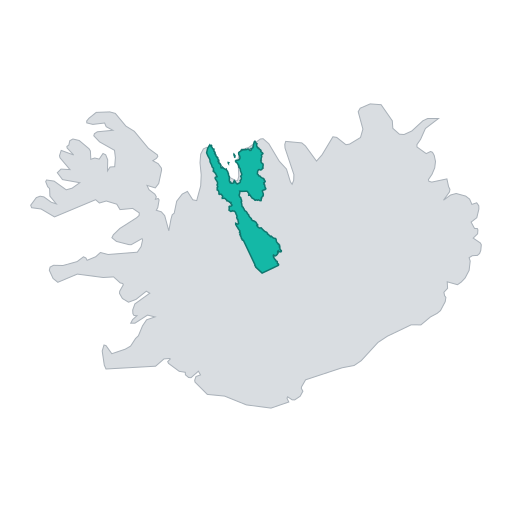 location of Sveitarfélagið Skagafjörðu, Norðurland vestra, Iceland
{"feature_id": "244011B28940040244957", "entity_name": "Sveitarfélagið Skagafjörðu", "entity_type": "district", "adm_level": 2, "iso_a3": "ISL", "parent_name": "Iceland", "parent_adm1": "Norðurland vestra", "projection": "mercator", "projection_center": [-19.345, 65.497], "detail": "fine", "context": "in_parent", "style": "filled", "palette": "teal", "viewbox_px": 512, "rotation_deg": 0, "n_neighbors": 0, "source": "geoboundaries", "source_scale": "gbopen_adm2", "svg_char_len": 9676}
<svg xmlns="http://www.w3.org/2000/svg" viewBox="0 0 512 512"><path d="M399.4,134.2L404.1,134.5L411.8,131.0L423.0,120.7L427.7,118.5L438.5,118.5L425.4,128.5L420.6,139.3L416.9,144.7L417.0,147.0L426.2,153.6L430.6,151.5L432.5,152.3L434.2,155.4L435.5,161.5L434.7,167.9L432.0,174.3L428.4,179.6L428.9,181.3L431.8,182.1L446.9,178.9L448.6,186.7L449.9,189.3L449.5,191.9L443.5,200.2L450.6,195.0L456.2,193.5L465.7,196.1L469.6,199.1L471.9,204.4L476.7,202.8L478.8,205.8L478.9,209.0L476.8,217.7L471.1,222.1L474.5,228.4L477.4,228.6L477.9,230.0L477.6,233.8L473.2,238.1L480.4,243.0L481.3,244.8L480.8,250.3L479.6,253.5L477.4,255.4L472.3,255.7L469.1,257.7L470.2,261.1L469.1,270.4L465.1,278.0L461.2,282.1L457.5,284.7L447.2,281.8L447.6,288.3L443.9,292.3L444.6,295.7L445.9,297.4L445.2,301.7L440.5,310.6L437.1,313.4L430.5,316.9L420.9,324.9L411.2,324.8L387.4,336.2L378.0,342.4L361.2,360.7L354.1,365.5L342.0,367.8L305.6,379.8L301.5,386.9L301.3,388.4L302.9,391.2L300.2,396.2L294.7,399.9L292.1,399.8L287.6,396.8L287.0,398.2L288.8,402.0L271.0,408.1L246.4,404.9L224.6,396.1L207.3,394.4L195.0,382.1L194.7,380.2L196.0,376.5L200.5,374.9L198.4,371.2L191.0,377.7L188.6,377.5L185.4,374.8L185.3,372.3L179.2,371.3L168.5,363.4L167.7,361.6L170.3,359.0L169.8,358.5L164.0,358.9L155.6,366.2L106.0,369.0L104.3,365.2L102.2,351.0L104.0,345.0L106.0,345.6L111.8,353.7L125.2,349.2L130.6,346.1L135.6,338.4L138.4,335.8L142.5,325.9L146.6,319.8L155.0,316.9L147.5,315.1L134.9,323.2L130.7,323.2L132.6,319.6L137.0,315.7L134.0,315.5L132.9,313.7L132.7,310.0L134.9,303.9L149.8,293.2L146.3,291.2L136.0,299.4L128.5,302.2L122.4,298.5L119.5,293.4L119.7,291.2L123.3,284.8L122.7,283.5L120.2,282.9L113.6,276.9L103.2,277.5L77.3,274.1L57.8,282.3L53.1,278.5L49.3,270.3L50.1,267.1L53.5,265.3L63.0,265.5L77.1,261.6L83.5,256.8L85.9,258.0L87.1,260.3L95.8,256.7L100.4,252.5L108.1,254.5L137.3,252.2L141.1,246.6L142.6,240.0L142.0,238.6L131.2,244.7L128.8,244.6L116.4,241.4L111.9,237.7L113.4,234.7L119.9,228.4L136.7,217.7L139.1,215.5L139.3,212.9L132.7,208.4L120.0,209.6L116.8,204.2L106.3,201.0L99.4,203.0L95.6,199.7L54.5,216.9L41.1,209.0L31.6,207.7L30.7,205.2L36.3,197.6L40.1,196.2L43.9,196.9L51.2,202.2L56.3,203.9L49.9,196.1L49.6,188.6L47.7,186.7L45.7,181.7L46.5,180.0L54.1,181.1L66.2,189.8L72.1,188.2L79.8,182.7L62.5,179.6L57.3,172.7L61.0,169.1L70.0,169.6L60.0,157.8L59.5,155.7L61.2,150.4L73.7,155.0L67.1,148.0L66.9,146.4L68.8,145.1L69.8,140.7L72.9,139.0L79.2,140.5L89.0,148.7L90.4,151.0L90.8,159.3L94.7,158.0L99.2,159.1L103.0,153.5L105.7,154.8L107.7,159.8L107.5,170.9L110.1,167.0L114.7,166.7L115.4,157.7L114.5,150.3L99.6,141.9L93.8,135.8L94.4,133.7L97.3,131.8L112.9,130.3L106.2,126.7L104.6,123.0L92.8,124.4L86.8,122.9L86.7,121.0L89.0,118.2L96.2,112.4L109.8,111.9L115.3,113.4L125.9,126.1L134.3,131.3L148.4,148.3L157.4,154.9L157.8,156.5L156.3,158.5L152.8,160.7L158.2,163.7L161.4,168.1L161.6,170.0L158.7,183.5L155.3,187.9L147.0,185.4L149.0,189.7L154.9,194.2L156.3,196.8L155.4,199.3L158.2,198.5L159.1,199.9L157.8,207.5L156.3,210.3L161.3,211.8L164.7,215.6L168.8,230.8L171.0,219.1L172.2,214.8L174.2,213.2L176.7,201.2L182.2,194.1L187.4,191.4L192.8,199.8L196.7,200.6L200.7,185.8L201.2,174.9L200.0,162.8L200.7,154.1L203.4,148.9L206.9,147.3L214.4,152.5L220.6,164.5L230.0,177.6L236.5,180.9L237.6,180.5L238.8,176.2L237.9,159.0L240.9,149.8L248.6,147.5L260.4,139.0L263.1,138.7L268.8,143.7L279.2,161.1L286.5,169.1L290.4,181.9L292.1,184.3L293.7,180.3L293.9,174.6L285.0,148.0L284.8,144.4L285.7,141.4L301.8,142.9L305.4,145.9L316.5,161.1L322.0,154.9L332.9,136.8L336.7,137.4L345.9,144.7L349.6,144.1L360.5,137.5L362.9,129.1L358.2,111.7L360.2,108.2L370.2,103.9L381.1,104.7L392.3,120.8L392.8,128.3L399.4,134.2Z" fill="#d9dde1" stroke="#a8b0b8" stroke-width="1"/><path d="M263.1,168.0L262.6,167.3L263.1,166.0L263.1,164.1L261.2,162.5L261.2,161.9L260.7,160.6L260.8,160.3L261.3,160.1L261.1,159.6L261.1,158.8L261.8,156.4L261.3,155.1L261.7,154.6L262.9,153.7L262.6,153.0L260.7,151.4L261.0,150.4L260.3,149.6L259.5,149.4L259.3,148.9L259.0,148.8L258.9,148.3L257.8,148.0L257.7,147.6L257.8,147.4L257.0,146.9L257.0,146.5L256.6,146.0L256.7,145.3L256.5,144.6L257.0,143.8L256.1,143.1L254.9,141.2L254.4,141.6L254.1,142.3L253.9,143.2L253.6,144.1L253.6,144.8L253.2,145.7L253.4,146.3L252.9,146.9L253.1,147.5L252.0,148.5L251.0,148.5L250.9,148.8L251.4,149.7L250.9,150.4L249.8,150.5L249.2,149.8L249.0,149.2L247.9,149.0L246.1,149.7L245.7,149.4L245.6,149.6L244.7,149.8L243.3,149.7L242.7,150.1L242.0,149.5L240.7,151.2L239.3,152.0L238.7,152.6L238.6,153.3L238.8,154.5L239.8,156.2L240.0,158.1L239.3,159.6L237.4,160.3L236.2,160.2L235.6,160.9L235.8,161.0L235.8,161.7L236.0,162.2L237.2,163.0L238.0,164.3L238.4,165.1L238.6,165.2L238.6,165.6L238.8,165.9L238.7,166.4L239.1,166.9L238.9,167.3L240.2,168.5L240.5,170.9L241.7,173.8L241.8,174.8L240.7,176.3L241.4,177.7L241.3,179.3L240.2,180.5L240.4,180.8L240.3,182.1L239.7,182.8L237.3,184.0L236.8,183.8L236.6,183.4L235.9,182.9L235.5,182.3L235.3,181.7L234.3,180.6L233.8,181.6L233.9,182.7L233.6,182.9L232.5,183.3L231.3,183.3L230.0,182.6L229.9,182.3L230.0,182.1L229.9,182.0L230.3,182.2L230.2,182.1L230.4,182.0L229.4,181.2L229.3,180.8L229.3,179.9L229.4,179.6L229.3,179.0L229.4,176.8L228.9,176.3L228.8,175.7L228.6,175.3L228.5,174.6L228.3,174.0L228.4,173.4L228.1,173.2L227.9,172.3L227.6,171.7L227.6,171.4L226.5,170.1L226.3,169.1L225.7,169.4L224.8,169.0L223.5,168.2L222.5,167.2L222.0,167.9L221.0,167.8L220.8,166.5L220.9,165.6L220.3,164.0L219.8,163.9L219.4,163.2L218.7,163.0L218.7,162.2L218.0,161.3L218.3,160.7L218.8,160.7L218.8,160.2L218.4,160.1L218.1,159.3L218.0,159.2L217.7,158.6L217.8,158.0L217.5,158.0L217.4,157.5L216.9,157.3L216.9,156.8L216.5,156.7L215.9,155.9L215.8,154.8L215.2,154.5L215.3,153.9L214.7,153.3L214.9,153.1L215.0,152.7L214.9,152.5L215.0,152.3L214.4,151.5L213.9,151.2L214.0,150.6L213.6,149.8L214.0,149.2L212.7,148.7L212.2,147.7L211.9,147.3L211.4,146.8L211.7,145.9L211.4,145.3L211.1,145.3L211.1,145.8L210.8,145.9L209.7,145.6L209.6,145.2L209.1,145.9L207.6,148.5L206.6,152.8L207.9,155.9L209.7,159.1L210.0,160.3L210.0,161.4L210.2,162.2L211.6,165.0L212.1,166.8L212.5,167.4L213.5,168.2L213.3,171.1L213.8,171.0L213.9,171.5L214.3,172.3L215.4,173.2L217.1,176.7L215.4,177.2L215.2,177.4L215.2,178.6L217.5,182.1L217.4,182.7L217.6,184.2L217.0,184.9L217.8,186.8L217.1,187.7L217.3,189.0L217.1,189.9L217.3,190.1L218.0,190.2L218.5,191.0L219.0,192.6L218.9,193.9L219.4,193.9L219.7,194.4L221.0,194.1L222.5,195.8L222.7,196.6L222.2,197.4L222.3,197.8L222.3,198.4L224.7,198.3L226.4,199.8L226.9,200.8L227.4,200.6L228.2,201.3L229.4,201.8L229.8,202.4L231.0,202.5L230.8,203.6L231.9,204.8L231.9,205.1L231.9,205.5L231.4,205.9L230.1,206.3L229.6,206.2L229.2,206.5L229.0,207.0L229.3,207.6L229.0,210.2L230.9,211.5L232.5,210.7L232.9,211.1L234.1,211.0L235.5,212.3L236.1,214.2L236.8,215.4L237.0,216.6L236.7,217.6L237.3,219.1L237.8,219.3L238.6,223.6L237.7,224.2L235.7,223.3L235.7,223.9L235.8,224.1L235.7,224.5L236.4,225.6L236.8,226.5L237.9,227.8L237.9,228.2L238.7,229.4L239.9,230.9L239.9,231.3L239.7,231.5L239.9,232.0L239.5,232.4L239.5,232.6L240.1,232.9L240.2,233.1L240.5,233.9L240.3,234.1L240.3,234.6L240.0,234.6L240.1,234.8L240.6,235.6L240.4,235.8L241.1,236.9L241.2,237.4L241.2,237.5L241.4,237.9L241.4,238.4L241.9,238.7L242.1,239.2L242.0,239.6L242.2,239.9L242.9,240.3L243.4,240.3L254.9,264.6L254.9,265.6L255.6,266.4L255.7,267.1L262.1,273.1L278.1,265.5L278.1,265.0L278.5,265.0L278.6,264.4L278.3,263.9L277.3,263.3L277.3,261.7L276.9,261.2L276.0,261.0L275.7,260.1L274.6,259.1L274.5,258.5L273.6,257.5L273.8,257.0L273.4,256.3L273.3,255.5L273.5,255.0L274.0,255.2L274.2,255.6L275.3,255.9L276.4,255.3L276.4,255.0L277.2,254.4L278.0,253.1L277.7,252.7L277.6,251.5L278.2,250.8L278.8,251.9L279.5,251.7L280.4,251.9L281.1,251.7L281.4,251.1L281.3,250.5L280.8,250.4L280.0,249.2L279.9,248.4L279.9,248.0L279.4,247.1L279.7,246.9L279.5,246.6L279.7,246.3L279.5,246.1L279.6,245.3L279.3,245.2L279.2,244.8L278.8,244.5L278.7,244.1L278.2,244.1L278.1,243.6L276.8,242.3L276.3,241.1L276.1,239.4L275.6,238.5L273.5,238.1L271.1,236.1L270.6,236.6L268.3,234.4L267.6,234.2L267.5,233.4L266.7,232.3L264.7,231.4L262.4,229.2L261.4,228.0L261.1,227.8L259.5,228.1L257.8,226.9L256.8,225.5L257.0,225.2L257.7,224.9L257.0,224.1L256.0,222.3L254.8,221.4L254.4,221.4L254.0,220.9L252.6,220.6L251.6,219.7L251.5,219.2L251.3,219.1L251.3,218.5L249.9,217.3L248.8,215.8L248.7,215.6L248.8,215.2L248.6,214.7L247.4,213.7L247.2,213.4L247.1,212.7L246.3,211.6L244.8,210.7L244.4,210.0L243.9,208.7L243.4,208.2L243.2,207.3L242.1,206.6L241.6,203.2L241.3,202.4L241.2,201.8L241.7,201.3L241.5,200.4L241.5,200.0L241.2,199.6L240.7,197.6L239.8,197.0L239.1,195.2L239.3,194.4L239.5,194.2L239.5,193.8L239.7,193.3L239.7,192.9L239.9,191.8L239.7,191.2L241.9,191.4L246.9,191.2L247.5,191.7L249.0,193.8L249.0,194.2L248.6,195.0L248.7,195.3L250.3,195.2L250.7,196.2L252.0,197.8L252.2,198.3L252.9,198.4L254.4,199.5L254.9,200.2L255.3,200.3L256.2,199.8L257.4,200.3L258.3,199.8L260.1,200.7L261.1,200.6L261.3,199.5L261.1,198.9L261.6,198.4L261.4,197.7L263.2,195.8L263.0,195.4L263.3,194.8L263.3,193.9L263.0,193.2L262.3,190.9L263.4,190.0L264.8,189.8L265.0,189.3L265.6,189.2L265.7,188.8L265.8,188.4L265.2,187.6L264.8,186.3L264.7,185.8L264.8,185.1L263.8,184.0L264.3,183.0L263.9,182.7L265.2,181.6L265.1,181.2L264.6,180.3L264.1,180.0L264.0,179.8L264.2,179.2L263.6,178.8L263.4,178.4L262.5,178.3L261.5,177.5L261.0,177.4L259.9,176.0L258.8,175.9L258.3,174.8L257.4,174.1L257.3,173.6L257.5,173.0L257.5,172.0L257.6,171.3L258.5,169.7L259.3,169.5L260.3,170.0L261.5,169.7L261.8,169.4L262.1,168.9L263.1,168.0ZM235.1,157.8L234.9,157.4L235.0,157.1L234.9,156.3L235.0,155.6L234.4,155.1L234.2,154.4L234.0,154.2L233.9,155.0L234.5,155.9L234.5,156.9L235.1,157.8ZM228.6,162.6L228.2,162.5L228.2,162.9L228.2,163.0L228.4,163.3L228.4,162.8L228.6,162.6Z" fill="#14b8a6" stroke="#0f766e" stroke-width="1.5"/></svg>